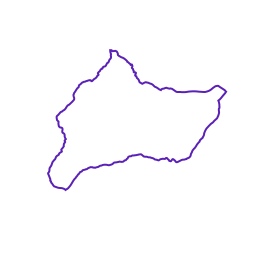 Yacuanquer, Nariño, Colombia (Natural Earth projection), rotated 42°
{"feature_id": "7082276B68439482186320", "entity_name": "Yacuanquer", "entity_type": "district", "adm_level": 2, "iso_a3": "COL", "parent_name": "Colombia", "parent_adm1": "Nariño", "projection": "natural_earth1", "projection_center": [-77.429, 1.122], "detail": "fine", "context": "isolated", "style": "outline", "palette": "violet", "viewbox_px": 256, "rotation_deg": 42, "n_neighbors": 0, "source": "geoboundaries", "source_scale": "gbopen_adm2", "svg_char_len": 5681}
<svg xmlns="http://www.w3.org/2000/svg" viewBox="0 0 256 256"><g transform="rotate(42 128 128)"><path d="M62.7,82.1L63.5,82.8L63.7,83.1L64.1,83.4L66.0,84.5L66.5,85.4L67.8,86.5L68.1,86.9L68.5,87.6L68.6,89.7L68.7,90.2L69.3,91.5L69.5,92.4L69.5,92.7L69.2,93.1L69.1,93.5L69.4,95.2L69.8,96.3L69.8,96.6L69.8,97.0L69.7,97.6L69.5,97.9L68.9,98.7L68.7,99.1L69.2,101.1L68.7,101.5L68.7,102.2L68.6,103.0L69.0,104.5L68.9,105.1L68.8,105.9L68.8,106.8L68.9,107.3L69.2,107.7L69.9,107.8L70.3,108.0L70.5,108.2L70.5,108.9L70.3,110.1L70.6,110.9L70.6,112.4L70.5,113.0L70.1,114.2L70.0,115.3L70.0,116.3L69.9,117.2L69.6,117.5L69.4,117.7L68.8,117.5L68.3,117.5L67.7,118.1L67.4,118.2L66.6,119.4L66.1,120.4L65.7,120.9L65.0,122.4L64.1,123.5L63.9,124.4L63.5,125.0L63.4,127.5L63.1,128.3L63.0,128.5L63.2,129.4L64.0,130.7L64.0,130.9L63.8,131.9L63.8,133.0L64.3,135.9L64.5,137.1L64.5,137.7L64.7,138.4L65.1,139.1L65.2,139.7L65.4,140.0L66.6,141.0L67.8,141.6L68.6,142.4L68.9,143.0L69.0,143.7L69.0,145.9L68.8,148.2L68.7,149.9L68.7,150.0L68.3,150.7L68.1,151.9L68.3,154.0L68.6,155.1L68.6,156.8L68.6,157.1L68.1,158.5L67.9,160.1L67.4,161.0L67.3,161.3L67.3,161.9L67.4,164.6L67.3,165.8L67.2,166.6L67.3,167.1L67.6,167.6L68.3,168.3L69.2,169.0L70.0,169.6L70.9,169.7L71.9,169.7L72.3,169.9L73.2,171.2L75.2,172.8L75.6,173.0L76.8,173.1L77.2,173.0L78.4,172.2L78.9,172.1L79.2,172.1L79.8,172.4L80.2,172.7L81.2,174.2L81.8,174.9L82.3,175.2L83.0,175.2L83.5,175.0L84.4,175.0L85.0,175.2L85.7,175.7L86.5,176.6L87.6,177.3L88.3,177.6L89.2,177.8L89.2,178.0L89.2,178.9L89.5,180.0L90.5,180.3L90.7,180.5L90.8,181.1L90.9,182.4L91.2,182.9L91.8,183.9L92.6,184.7L92.8,186.9L92.8,188.1L92.9,188.7L93.2,189.0L94.3,189.5L94.6,189.8L94.6,190.0L94.0,192.0L93.9,192.6L94.0,193.3L94.4,194.1L94.4,194.5L93.9,196.1L93.8,196.9L93.9,197.7L94.7,199.9L94.7,200.5L94.6,200.9L94.6,201.1L94.7,203.6L94.9,204.3L95.4,205.4L96.2,207.5L96.5,209.8L96.6,210.2L97.0,210.9L98.3,212.5L98.8,214.0L98.8,214.9L98.9,215.1L99.2,215.4L100.7,216.1L102.3,216.9L102.7,217.1L103.4,217.5L104.3,217.9L104.9,218.4L105.5,219.2L106.5,219.2L107.2,219.8L107.6,220.0L108.5,220.0L111.2,220.7L112.1,220.8L116.0,219.2L117.2,218.4L119.0,217.0L120.4,216.3L121.6,215.9L123.1,215.8L123.1,215.1L123.5,214.2L123.8,212.9L123.8,212.2L123.7,209.7L123.5,208.2L122.6,203.6L122.4,201.9L122.5,200.4L122.3,199.2L122.3,197.9L122.0,195.8L122.2,195.0L122.1,194.0L121.9,193.1L122.0,192.6L122.6,191.5L122.7,190.7L122.6,189.9L122.8,189.3L123.8,187.9L124.4,186.7L124.9,186.2L125.1,185.4L125.2,184.7L125.6,183.7L126.4,182.1L127.2,181.5L127.6,181.1L128.7,180.7L129.1,180.2L129.8,179.8L130.3,179.4L130.6,178.7L132.0,176.7L132.3,175.3L132.5,174.8L133.5,173.5L134.1,172.2L135.1,171.0L136.4,169.9L137.0,169.5L138.3,168.8L139.0,168.1L140.0,166.5L140.6,165.2L140.7,163.7L140.8,163.1L141.3,162.4L142.1,161.6L143.7,159.5L144.1,158.7L146.0,157.4L146.4,156.9L146.9,156.3L147.1,155.6L147.1,154.7L147.3,154.2L147.7,153.7L147.9,153.4L147.9,152.8L147.8,151.8L148.1,151.0L147.7,149.8L147.6,149.3L147.7,149.0L148.0,148.1L149.0,147.1L149.3,146.7L149.4,146.0L149.7,145.4L150.6,144.6L152.4,142.5L154.0,140.2L155.2,138.9L155.9,138.7L158.8,138.6L160.1,137.8L161.2,136.8L163.0,136.0L163.6,135.4L164.3,134.9L165.0,134.7L165.6,134.4L166.3,134.0L167.6,133.5L168.5,133.5L169.0,133.4L170.9,132.2L171.2,132.2L172.4,131.6L172.6,131.2L172.9,129.7L173.2,129.2L173.9,128.3L174.4,127.6L176.1,126.3L176.3,125.7L176.3,125.0L176.4,124.7L176.8,124.5L177.1,124.3L177.4,124.3L178.3,124.5L179.7,124.4L180.3,124.7L180.6,124.8L180.9,124.7L181.8,124.2L182.0,124.1L182.1,123.9L182.1,123.5L181.9,121.7L182.0,121.3L182.2,121.1L182.7,120.9L184.3,120.8L185.4,120.9L185.9,121.1L186.4,121.1L186.8,121.0L187.2,120.7L187.6,120.1L188.0,119.1L189.3,115.8L189.8,115.0L190.9,113.9L191.8,112.4L192.2,112.0L192.1,111.6L192.3,111.1L193.2,109.2L193.3,108.1L193.1,106.7L192.6,106.0L192.2,105.2L192.0,104.8L191.8,103.6L191.1,101.8L191.0,101.1L190.9,99.5L191.0,97.8L190.6,95.1L190.3,94.2L190.3,93.5L190.2,91.5L190.3,90.3L189.9,89.5L189.7,89.0L189.8,86.5L190.1,85.8L189.9,85.3L189.7,84.4L189.5,83.6L189.4,83.1L189.2,82.6L188.8,81.8L188.2,81.1L187.4,78.9L187.1,77.9L186.7,76.0L186.7,72.9L186.7,72.4L186.8,70.0L186.9,68.9L187.2,68.0L187.4,66.6L187.3,65.0L187.7,61.3L187.6,60.9L187.0,59.1L186.9,58.4L186.5,57.8L185.9,56.4L185.1,55.3L183.9,54.3L182.9,53.2L182.6,52.7L182.5,51.9L181.5,50.8L179.7,49.0L179.2,48.7L178.1,47.8L177.6,47.6L176.8,47.2L177.1,45.0L177.1,43.7L177.0,41.3L176.9,40.3L176.9,37.5L176.6,35.4L176.0,35.4L175.0,35.2L174.2,35.2L170.4,35.8L168.0,36.2L167.2,36.2L166.7,36.4L166.4,36.7L165.3,38.0L165.0,38.6L164.4,41.0L164.0,43.8L163.7,45.1L163.1,46.6L162.0,48.5L161.4,49.4L160.4,50.4L156.2,53.7L154.5,54.9L152.1,56.9L149.9,59.1L148.7,60.4L146.6,63.0L144.2,65.2L142.8,66.2L141.1,67.8L140.2,68.5L139.4,68.8L134.6,69.4L133.1,70.2L132.8,70.7L132.5,71.0L130.7,72.0L129.9,72.3L129.5,72.5L129.2,73.0L128.8,73.6L128.5,74.4L127.3,75.9L127.0,76.9L127.1,77.8L125.3,78.4L123.1,78.6L122.0,78.8L120.2,79.4L117.8,79.3L116.8,79.4L116.1,79.5L114.4,80.3L112.6,80.9L111.7,81.5L110.7,82.0L110.4,82.3L109.7,83.7L109.2,85.2L109.0,85.6L106.2,86.2L105.7,86.1L104.2,85.3L103.5,85.0L102.3,84.8L101.4,84.9L100.8,84.7L99.6,84.0L99.1,84.2L98.3,84.2L97.9,83.9L97.8,83.6L97.5,82.4L96.9,81.7L96.3,81.7L95.4,82.5L95.2,82.6L94.8,82.6L94.5,82.3L94.2,81.8L93.2,81.5L92.2,80.8L91.7,80.8L91.2,80.9L90.4,80.5L90.0,79.2L89.8,79.0L89.1,78.6L88.8,78.4L88.6,78.3L88.4,78.3L88.1,79.0L87.9,79.3L87.6,79.3L87.0,78.9L85.7,79.1L84.1,79.0L83.2,79.3L82.4,78.9L81.8,78.8L78.7,78.9L78.3,79.1L77.3,79.2L75.7,79.9L72.8,80.5L71.8,80.5L71.3,80.2L70.7,79.6L70.5,79.4L69.0,78.8L68.2,78.7L67.6,78.9L66.9,79.2L66.7,79.4L66.3,80.0L65.0,81.3L64.5,81.5L63.9,81.2L63.6,81.3L62.7,82.1Z" fill="none" stroke="#5b21b6" stroke-width="2"/></g></svg>